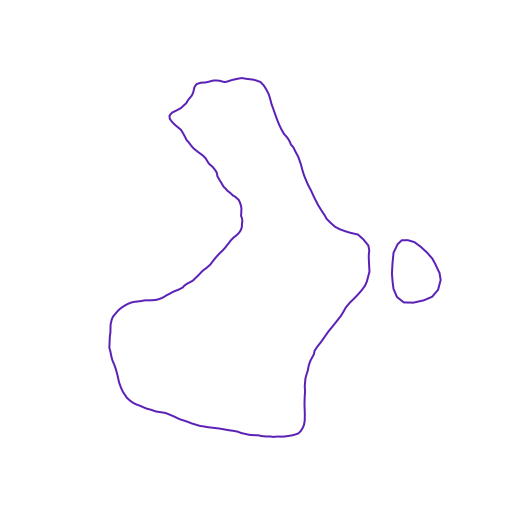 Felidhoo, Maldives (Albers equal-area conic projection), rotated 252°
{"feature_id": "70690204B77108705549894", "entity_name": "Felidhoo", "entity_type": "district", "adm_level": 2, "iso_a3": "MDV", "parent_name": "Maldives", "parent_adm1": "", "projection": "albers", "projection_center": [73.527, 3.453], "detail": "fine", "context": "isolated", "style": "outline", "palette": "violet", "viewbox_px": 512, "rotation_deg": 252, "n_neighbors": 0, "source": "geoboundaries", "source_scale": "gbopen_adm2", "svg_char_len": 3801}
<svg xmlns="http://www.w3.org/2000/svg" viewBox="0 0 512 512"><g transform="rotate(252 256 256)"><path d="M437.2,259.5L437.8,257.3L437.9,255.4L437.8,252.6L436.8,251.1L435.7,249.8L434.1,248.7L432.5,247.8L430.6,246.5L428.4,244.5L427.1,242.4L425.3,239.6L422.8,236.8L421.4,233.5L420.1,230.9L419.5,228.3L418.9,224.8L418.3,220.6L417.0,218.2L415.9,217.0L413.2,216.4L410.3,217.3L407.8,218.4L405.2,219.8L401.9,221.9L399.3,223.6L395.0,224.6L390.7,225.4L387.8,225.8L385.0,227.1L381.7,228.2L378.4,229.5L375.4,231.3L371.9,233.7L367.9,236.6L364.7,238.2L361.5,239.0L358.5,239.7L356.0,241.2L353.7,242.5L351.5,243.3L348.6,244.2L346.7,244.4L343.7,243.9L341.6,244.4L339.5,244.8L336.4,245.6L334.0,246.1L331.6,246.7L329.5,247.9L327.2,248.8L324.1,250.9L320.6,252.8L318.8,254.5L316.6,255.8L314.7,256.9L311.5,257.3L308.2,257.2L305.6,256.8L303.5,256.0L301.5,255.3L298.8,254.2L296.2,254.3L293.8,253.9L291.3,252.8L287.8,251.4L285.4,249.6L283.8,247.7L282.8,246.1L281.4,243.1L280.6,240.6L279.5,238.5L278.4,236.5L276.7,234.2L275.1,231.6L273.7,229.7L273.0,228.4L271.8,226.5L271.1,225.0L270.0,222.6L268.4,219.7L267.3,217.8L265.4,214.8L263.8,212.5L261.8,209.6L260.8,207.2L259.7,204.7L259.0,202.2L258.0,199.8L256.6,197.3L255.3,195.0L253.4,190.9L252.4,189.0L252.0,187.9L251.5,185.2L250.9,181.7L250.0,178.8L248.7,176.6L248.2,173.7L247.8,170.9L247.8,168.7L247.5,165.8L246.7,161.8L246.3,158.7L245.6,156.3L245.1,153.5L245.0,149.8L245.2,147.0L246.1,143.2L246.8,140.9L247.7,138.2L248.2,136.3L248.8,132.0L249.5,128.5L250.0,126.1L250.3,123.2L250.1,119.9L249.6,116.7L248.7,113.1L247.8,110.4L246.4,107.5L244.1,103.8L242.5,101.2L240.3,99.3L236.1,96.7L233.2,95.6L228.2,93.9L225.7,92.6L222.3,91.2L219.7,90.3L214.2,88.2L210.3,88.0L205.4,87.4L201.1,87.2L195.2,87.7L190.1,87.7L185.5,87.4L182.2,87.1L178.2,86.7L172.5,86.9L168.1,87.4L164.9,88.3L161.0,89.4L157.2,91.6L154.4,93.7L151.8,96.3L149.9,98.8L144.8,104.6L142.3,108.5L139.0,112.9L137.0,116.9L134.6,121.5L131.7,125.0L128.3,128.9L126.0,131.2L123.6,134.0L120.9,137.8L118.5,140.9L116.8,142.9L111.5,150.5L110.3,153.2L108.1,157.2L105.7,162.5L103.2,167.9L100.8,172.4L98.7,176.3L96.7,180.5L94.6,184.3L92.1,187.4L89.7,191.5L87.9,194.5L86.0,199.3L84.7,202.9L83.0,205.7L81.2,209.9L80.1,213.5L78.6,216.5L77.7,220.6L76.4,224.1L75.4,227.8L74.7,232.1L74.2,235.6L74.1,238.2L74.2,241.5L75.7,244.5L78.1,247.3L80.5,249.4L84.2,251.4L89.7,253.3L93.7,254.5L98.7,255.9L103.2,257.4L108.6,259.4L112.0,260.8L117.0,262.1L120.4,263.5L124.3,265.2L128.1,267.7L131.3,270.0L135.7,272.4L139.5,275.3L142.3,278.2L144.6,280.6L147.7,282.4L150.5,285.8L154.0,291.1L157.6,295.9L161.8,301.5L165.2,306.8L169.5,313.3L172.9,318.4L175.7,321.6L179.3,325.5L182.8,331.1L185.0,335.7L188.1,341.5L190.7,345.8L193.8,350.2L197.4,353.5L201.9,356.4L206.1,359.1L211.8,360.6L216.2,361.8L218.8,362.5L222.4,363.7L226.5,365.5L231.3,366.1L238.7,363.2L244.9,359.6L248.9,352.9L252.0,348.5L255.4,344.1L259.5,340.1L264.5,337.2L269.4,334.7L273.8,333.8L279.5,332.2L285.3,330.8L294.0,329.4L301.0,328.6L307.5,327.5L312.7,327.0L318.3,326.6L324.2,326.7L328.8,327.0L336.9,326.9L344.1,325.6L346.9,325.3L348.9,324.7L350.3,324.0L351.7,323.6L354.0,323.5L357.0,322.9L359.8,322.0L363.2,320.4L368.5,319.3L373.6,318.6L379.3,318.2L385.5,318.0L390.5,317.9L395.9,317.7L400.4,318.0L405.9,318.1L411.5,317.2L416.0,316.0L420.1,314.0L422.5,311.0L424.5,308.0L426.1,304.6L427.5,301.5L428.6,299.5L429.6,297.5L430.2,293.8L430.5,290.7L430.8,287.4L430.8,283.4L430.9,280.6L432.0,278.3L433.7,276.0L434.7,273.7L435.7,271.1L436.2,268.6L436.3,265.3L436.6,261.9L437.2,259.5ZM225.9,399.5L223.5,394.4L216.6,387.8L206.7,383.5L197.1,379.8L189.1,377.9L182.2,376.6L173.4,377.4L166.2,382.2L163.0,391.2L162.0,401.9L162.8,410.9L167.6,418.7L176.1,424.2L183.0,425.3L193.1,424.0L199.0,422.9L206.5,419.7L213.9,415.5L220.3,410.9L224.1,405.3L225.9,399.5Z" fill="none" stroke="#5b21b6" stroke-width="2"/></g></svg>